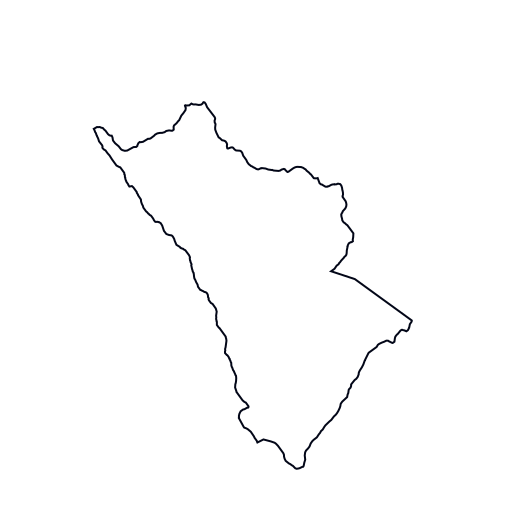 Naranjo, Alajuela, Costa Rica, rotated 144°
{"feature_id": "36466004B12549595917957", "entity_name": "Naranjo", "entity_type": "district", "adm_level": 2, "iso_a3": "CRI", "parent_name": "Costa Rica", "parent_adm1": "Alajuela", "projection": "robinson", "projection_center": [-84.384, 10.105], "detail": "fine", "context": "isolated", "style": "outline", "palette": "ink", "viewbox_px": 512, "rotation_deg": 144, "n_neighbors": 0, "source": "geoboundaries", "source_scale": "gbopen_adm2", "svg_char_len": 6105}
<svg xmlns="http://www.w3.org/2000/svg" viewBox="0 0 512 512"><g transform="rotate(144 256 256)"><path d="M317.6,386.6L315.3,385.5L314.9,383.6L314.9,377.8L315.3,377.2L315.4,375.0L315.7,374.5L315.9,369.4L317.0,367.5L317.7,365.3L318.1,362.8L318.7,361.4L318.7,356.6L318.3,355.3L318.3,353.9L318.0,353.1L317.9,351.8L317.2,350.3L317.2,346.7L317.5,345.1L317.5,343.3L317.3,342.7L315.4,341.4L314.9,340.6L314.6,340.5L313.8,338.6L314.0,335.8L315.7,330.4L315.6,326.5L314.1,324.2L312.2,322.3L311.9,321.3L311.9,319.9L312.2,317.8L312.8,316.2L313.8,311.8L312.3,308.2L312.3,307.0L312.0,306.7L311.9,306.2L310.7,304.6L310.7,304.0L309.8,302.2L309.7,296.1L310.0,294.4L310.3,293.6L310.8,293.3L312.0,291.1L312.0,290.5L312.5,289.6L313.0,287.2L313.8,286.6L315.5,282.8L315.7,281.9L316.3,280.6L316.4,279.0L316.7,278.7L316.8,278.2L318.3,275.6L319.1,273.9L319.1,272.8L319.8,269.9L320.1,267.2L321.0,265.2L321.0,261.3L320.4,260.6L320.3,260.1L319.5,258.8L318.9,257.3L318.0,256.3L317.6,255.2L317.6,254.1L317.9,252.7L319.0,250.8L319.1,249.6L319.8,248.9L320.1,247.9L320.1,244.5L319.3,242.7L319.4,237.1L320.5,234.1L323.4,231.1L324.2,229.7L325.3,228.5L325.8,227.1L326.2,226.7L326.2,226.2L326.4,225.7L328.2,223.2L328.2,219.8L327.9,219.3L327.9,208.6L328.4,207.7L328.7,206.7L329.7,204.8L334.3,200.0L335.7,198.9L336.4,197.6L337.2,197.0L338.1,195.7L337.8,193.0L337.5,192.6L337.5,190.3L337.8,189.3L337.8,188.1L338.1,187.9L338.3,186.3L338.7,185.3L338.8,184.2L340.3,181.9L340.8,180.4L340.8,179.8L341.6,177.2L341.6,175.5L341.8,175.2L342.4,172.2L342.6,171.9L342.6,170.8L343.8,168.8L345.5,166.7L347.0,165.2L348.1,164.4L350.2,161.9L351.4,158.0L351.7,157.6L351.7,146.8L351.5,146.4L351.2,144.8L350.4,143.4L350.4,138.8L351.2,138.0L351.6,138.0L352.4,138.5L355.3,138.8L356.7,139.4L359.7,139.4L362.2,138.1L363.8,136.7L364.7,135.3L365.1,135.1L366.4,125.0L366.4,124.1L365.3,122.5L364.5,120.9L363.5,116.9L363.7,111.2L364.0,109.9L364.0,105.9L364.3,105.3L364.5,104.3L357.8,103.2L353.0,97.3L350.7,94.0L350.2,92.5L349.8,89.6L349.8,80.3L350.3,78.6L351.2,77.3L352.0,75.2L352.4,72.8L351.3,68.8L350.5,67.3L350.1,65.8L349.5,64.6L349.0,61.2L348.2,60.0L346.9,59.3L345.4,58.7L342.5,58.2L341.7,57.8L340.8,58.2L338.3,60.5L335.9,62.3L333.8,66.0L331.6,68.3L329.9,69.2L327.0,69.7L324.7,70.4L321.9,72.2L319.3,73.1L317.3,73.4L313.4,73.5L310.0,74.8L308.0,75.3L306.5,76.1L304.0,76.4L301.2,77.6L299.4,78.2L293.7,79.0L291.5,79.1L287.3,80.4L284.7,80.7L282.7,81.3L280.4,82.3L277.5,83.9L276.0,85.0L274.5,86.5L273.9,86.8L271.8,87.5L265.2,88.3L263.3,90.1L261.9,90.9L259.7,93.2L259.2,93.5L257.0,93.9L256.6,94.1L255.5,94.9L254.5,96.2L249.0,97.7L247.1,97.7L244.8,98.4L242.5,99.9L241.7,100.9L240.9,101.5L239.2,102.4L235.8,103.7L233.0,105.1L229.5,107.5L229.1,107.5L228.7,107.9L222.2,111.3L221.6,111.5L211.9,111.5L209.6,112.5L208.0,112.5L205.2,112.0L202.7,111.3L200.3,110.9L198.9,109.8L198.5,108.6L198.1,108.0L198.0,107.7L196.8,105.5L196.3,105.3L194.4,105.3L191.9,107.9L190.6,108.9L188.2,109.6L187.2,109.6L183.1,110.7L181.8,110.7L181.2,110.5L180.7,109.7L179.4,108.3L179.4,108.0L178.6,106.7L176.7,106.7L174.9,107.6L174.5,108.0L174.2,108.0L171.6,110.4L169.0,111.3L168.0,112.0L167.9,112.4L189.6,179.2L204.2,199.5L200.0,199.5L196.4,200.8L194.1,200.8L192.6,201.5L191.9,201.5L189.8,202.2L185.8,203.0L184.9,203.4L183.6,203.4L182.2,203.9L181.0,205.0L179.3,207.1L176.9,209.3L176.5,209.9L176.2,209.9L175.6,210.6L173.5,211.7L171.3,211.5L170.5,211.0L168.9,211.0L168.2,212.3L166.3,214.1L163.9,217.1L164.0,227.2L164.5,228.7L164.7,230.1L165.3,231.7L165.3,233.2L165.2,234.2L164.4,235.7L163.6,237.9L162.9,238.9L162.9,239.2L161.7,240.1L160.8,240.3L159.5,241.2L155.8,242.0L154.0,243.0L152.7,244.3L151.9,245.8L151.3,247.5L151.2,252.8L150.8,253.2L150.8,253.6L149.6,254.4L148.4,256.2L147.4,258.3L147.4,258.6L146.3,260.6L145.6,262.8L145.6,264.6L147.1,266.3L147.9,266.6L148.5,266.6L150.4,267.7L150.4,268.0L151.0,268.2L151.4,268.6L153.1,269.3L156.3,269.7L156.8,270.1L157.7,270.2L159.1,271.3L160.3,274.1L160.6,275.0L161.3,275.7L161.8,277.5L160.3,282.8L161.2,283.1L162.6,284.1L163.5,285.0L163.6,289.7L164.0,290.9L164.0,292.0L164.9,295.3L165.0,297.1L165.5,297.9L165.9,299.4L167.2,301.4L170.1,303.8L171.2,304.4L172.8,304.9L174.7,305.1L180.2,305.1L181.2,305.5L181.7,308.2L181.7,309.3L182.3,310.1L184.6,310.9L186.2,310.9L187.8,311.6L191.5,314.8L192.3,316.1L192.6,316.2L195.3,318.8L196.8,321.1L199.6,323.7L200.0,323.7L200.3,324.1L202.5,324.5L203.4,324.8L204.5,326.1L205.4,328.4L206.0,329.2L206.3,330.4L207.2,331.8L207.3,332.5L207.9,334.5L207.9,337.0L207.4,339.5L207.4,344.6L206.5,347.6L206.5,349.4L207.1,350.6L210.1,353.1L210.7,354.7L210.9,357.1L211.5,358.0L212.9,358.7L215.3,359.3L215.9,359.8L215.9,360.2L215.0,362.0L213.7,363.4L213.3,364.9L213.3,366.7L214.1,368.2L215.4,369.6L216.0,372.8L216.5,373.9L215.6,379.0L214.7,382.2L213.6,383.9L211.3,386.4L211.0,387.2L211.0,388.1L210.0,389.8L208.6,390.8L208.1,391.5L207.8,392.8L208.1,405.1L207.3,408.5L207.3,410.4L207.9,411.2L208.4,411.3L209.7,410.7L211.4,410.7L212.2,411.1L213.5,411.8L215.7,414.1L217.3,415.2L217.9,415.8L218.7,417.3L221.4,417.1L223.8,418.6L224.4,419.4L225.0,419.5L225.4,418.6L225.8,417.0L227.3,415.5L231.0,414.2L233.8,413.5L238.4,411.0L239.5,410.9L242.3,410.1L245.6,409.8L246.7,409.0L248.3,406.6L249.9,406.5L250.6,406.9L252.5,408.7L255.1,409.9L257.2,409.9L258.4,410.4L259.2,410.6L261.6,412.2L263.8,413.2L266.4,413.5L267.6,413.2L272.3,413.1L273.8,413.7L274.4,414.3L280.3,414.8L282.5,415.9L283.1,416.6L284.9,416.4L287.0,415.2L287.3,414.8L288.7,414.6L291.1,416.1L298.2,417.0L300.3,418.2L302.0,420.4L302.5,421.8L302.6,425.5L303.7,430.0L303.8,433.0L303.7,433.7L302.4,436.3L302.0,438.2L303.1,439.0L303.7,440.0L304.1,441.5L304.1,445.9L304.5,447.4L304.7,449.6L305.8,450.8L306.6,452.2L308.1,453.1L308.8,453.8L312.5,454.2L312.7,452.8L313.3,450.7L313.3,449.6L314.0,447.4L314.0,446.7L314.2,446.4L314.6,444.0L315.6,441.0L315.4,436.0L315.8,434.8L316.5,434.1L316.7,433.4L316.4,431.4L315.7,429.9L315.7,426.3L315.4,423.5L315.7,418.7L315.7,411.2L314.4,408.5L313.7,407.5L313.7,401.3L313.8,400.5L314.5,399.5L314.5,398.7L315.7,396.8L315.8,396.0L316.3,395.4L316.8,393.8L316.9,393.0L317.2,392.5L317.3,389.0L317.6,388.2L317.6,386.6Z" fill="none" stroke="#020617" stroke-width="2"/></g></svg>